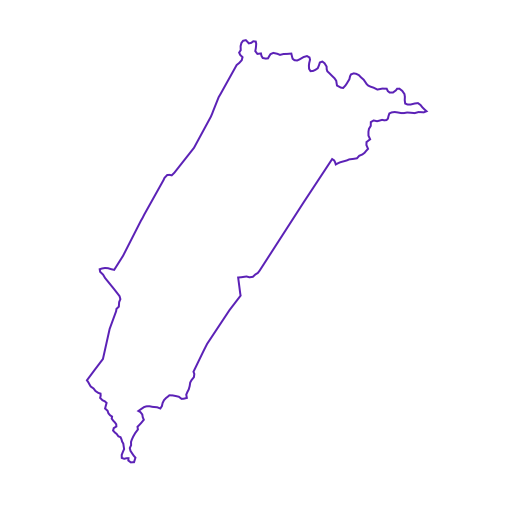 Mirante, Bahia, Brazil, rotated 94°
{"feature_id": "56859067B82108406212507", "entity_name": "Mirante", "entity_type": "district", "adm_level": 2, "iso_a3": "BRA", "parent_name": "Brazil", "parent_adm1": "Bahia", "projection": "robinson", "projection_center": [-40.763, -14.123], "detail": "fine", "context": "isolated", "style": "outline", "palette": "violet", "viewbox_px": 512, "rotation_deg": 94, "n_neighbors": 0, "source": "geoboundaries", "source_scale": "gbopen_adm2", "svg_char_len": 3574}
<svg xmlns="http://www.w3.org/2000/svg" viewBox="0 0 512 512"><g transform="rotate(94 256 256)"><path d="M470.2,363.3L465.6,362.2L463.8,364.0L461.8,365.6L459.2,367.6L456.4,368.5L453.5,367.4L450.2,367.7L447.9,367.1L444.7,365.9L441.0,364.1L437.3,361.7L434.6,362.3L432.9,360.8L430.7,359.0L427.2,356.5L424.8,357.7L422.0,358.4L419.8,360.4L418.8,362.5L416.6,359.8L414.5,357.1L413.6,354.8L413.3,351.7L413.7,348.9L413.8,344.0L414.8,340.8L412.3,339.4L409.1,338.9L406.2,337.7L403.9,335.8L402.5,334.2L401.0,332.7L400.9,329.4L401.3,326.2L401.8,323.1L403.7,320.3L403.4,318.1L402.4,315.1L399.2,315.9L396.3,314.9L393.8,313.8L390.4,313.1L386.8,312.8L384.4,311.7L381.2,309.5L378.0,309.3L375.8,310.3L356.1,302.4L353.4,301.3L347.0,298.6L311.7,278.6L296.6,268.6L294.6,269.1L278.7,272.3L278.2,269.1L277.6,266.4L277.1,264.0L277.7,261.0L277.0,257.7L274.5,255.4L272.8,253.0L270.4,251.4L199.1,212.2L154.0,186.8L155.2,184.7L157.0,183.6L159.1,182.8L157.7,180.6L156.7,178.7L155.9,176.5L155.1,174.2L154.3,172.0L153.1,169.7L152.3,165.5L151.5,162.1L148.8,160.0L147.3,157.0L145.5,154.9L143.5,153.5L141.3,151.7L137.6,153.6L134.6,153.7L131.6,150.3L128.1,152.2L124.2,152.5L121.3,152.2L118.2,150.6L114.4,150.8L112.6,148.1L113.1,144.6L112.4,142.5L111.4,139.7L111.7,137.4L111.3,135.3L109.8,134.0L107.2,133.6L104.5,132.9L103.3,130.7L102.7,127.7L102.9,124.8L103.3,121.1L103.1,118.4L102.3,115.2L102.3,111.8L102.4,107.7L101.1,104.0L101.0,101.3L101.0,98.7L99.7,96.0L97.9,98.3L96.0,100.5L93.9,102.4L92.2,105.1L92.8,108.3L94.1,112.3L94.3,115.5L93.5,117.8L90.2,118.5L86.8,118.6L84.1,119.2L81.1,121.6L79.1,124.6L79.3,126.9L81.0,128.0L83.4,130.8L83.6,134.1L82.3,136.0L80.0,137.3L80.2,141.7L81.5,146.5L79.9,150.4L79.1,153.5L78.2,155.9L76.8,157.6L75.1,158.9L72.6,160.9L70.4,163.8L68.4,166.0L67.3,168.7L67.0,171.2L68.2,173.9L70.1,174.7L73.2,175.2L75.7,176.5L77.5,177.4L79.7,178.7L82.3,180.8L82.1,183.1L80.3,187.1L77.8,187.7L75.6,188.2L73.2,190.1L71.2,192.5L68.4,195.7L66.8,197.7L64.8,198.5L62.1,198.8L58.9,201.1L57.4,203.4L58.5,205.8L61.4,206.5L64.4,207.5L66.2,209.8L67.4,212.0L67.8,214.5L65.6,216.1L62.5,216.5L59.8,216.4L56.4,215.8L54.2,216.5L53.0,219.1L54.2,222.4L56.8,226.2L58.1,228.6L58.0,231.3L56.7,233.2L54.5,234.0L51.6,234.9L52.2,238.8L52.6,242.7L53.7,246.1L52.8,248.8L52.2,252.9L53.6,255.6L55.8,256.8L58.0,257.8L58.4,260.0L58.0,263.1L56.0,264.5L53.6,265.2L54.3,268.7L51.7,271.0L48.9,270.7L46.8,270.6L44.3,270.6L42.1,271.2L42.0,273.7L43.7,275.6L44.4,278.0L42.9,279.5L41.4,281.2L42.2,283.9L44.5,285.4L47.7,286.0L51.7,285.6L54.3,287.0L56.5,285.8L58.6,283.3L61.7,283.9L64.6,286.2L66.8,288.6L96.9,302.7L100.1,304.3L114.2,308.8L117.2,309.7L120.3,310.8L152.4,325.4L178.7,343.3L181.4,345.7L181.1,347.9L181.4,350.2L184.4,352.7L186.8,353.6L222.3,370.3L226.1,371.9L228.7,373.2L265.0,388.6L279.7,396.5L279.3,399.3L278.5,402.8L278.5,405.8L279.2,408.7L280.1,411.0L282.6,410.4L285.3,407.2L288.4,405.1L299.0,395.2L303.9,390.8L305.6,389.3L308.5,388.3L311.5,389.3L313.9,389.3L316.1,389.3L318.5,391.5L320.9,391.7L338.9,396.9L369.4,401.5L380.1,408.5L391.8,416.0L393.6,414.5L395.5,413.3L397.7,411.8L399.5,408.8L401.9,406.7L403.6,403.7L404.1,401.5L406.2,401.2L408.4,401.6L410.6,399.1L411.5,396.7L413.0,394.8L416.4,395.5L418.7,395.9L420.7,393.3L423.3,392.2L425.1,390.4L426.2,388.4L428.3,388.6L430.3,386.9L431.8,385.2L433.6,383.7L435.8,383.4L437.6,385.9L440.1,386.4L441.9,384.5L443.2,382.6L445.5,380.7L446.2,378.5L448.3,377.4L450.5,376.6L452.4,375.3L454.3,374.9L457.8,374.1L460.9,375.2L463.8,376.1L466.8,375.8L467.5,373.3L466.8,371.2L466.6,369.1L468.9,369.1L470.6,366.5L470.2,363.3Z" fill="none" stroke="#5b21b6" stroke-width="2"/></g></svg>